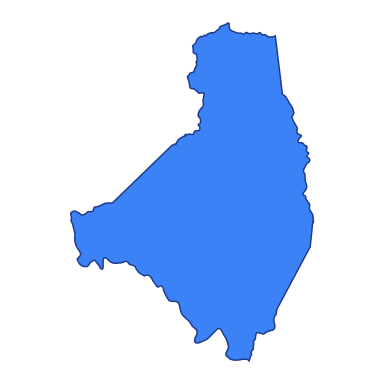 Potrerillos, El Paraíso, Honduras
{"feature_id": "27666195B65676299493653", "entity_name": "Potrerillos", "entity_type": "district", "adm_level": 2, "iso_a3": "HND", "parent_name": "Honduras", "parent_adm1": "El Paraíso", "projection": "robinson", "projection_center": [-86.765, 14.057], "detail": "fine", "context": "isolated", "style": "filled", "palette": "blue", "viewbox_px": 384, "rotation_deg": 0, "n_neighbors": 0, "source": "geoboundaries", "source_scale": "gbopen_adm2", "svg_char_len": 5951}
<svg xmlns="http://www.w3.org/2000/svg" viewBox="0 0 384 384"><path d="M249.1,361.0L250.4,356.6L251.5,354.7L251.4,353.3L251.1,352.2L251.1,351.9L251.8,351.0L252.9,349.9L253.2,349.1L253.4,346.0L253.7,344.4L253.6,342.8L253.7,341.2L254.0,340.4L254.9,339.7L255.4,338.8L255.5,338.2L255.5,336.6L255.8,335.0L256.1,333.8L256.4,333.1L257.1,332.6L258.4,332.7L261.0,333.3L263.2,334.0L263.7,334.0L264.4,333.7L265.4,332.8L266.9,331.8L268.6,331.2L272.7,330.1L273.6,329.6L274.2,328.8L274.7,327.5L275.0,326.2L273.8,320.7L273.8,318.7L274.1,317.7L274.6,316.5L276.0,314.4L276.3,313.3L276.6,310.7L276.9,309.2L310.2,246.8L312.7,222.6L313.1,222.9L313.3,222.5L313.3,219.4L313.1,216.7L312.8,215.3L312.4,214.1L311.1,211.9L310.0,210.3L309.6,209.5L309.4,208.1L309.7,205.3L309.4,204.0L309.0,203.3L307.7,201.8L306.4,199.7L305.8,198.2L305.8,197.1L305.6,196.6L304.7,195.7L303.5,194.7L303.1,194.1L303.0,193.5L303.2,193.0L304.8,191.2L305.8,189.7L306.5,188.1L306.7,186.7L306.6,185.2L305.7,182.5L305.1,180.2L305.0,175.2L304.5,173.6L303.7,171.8L303.6,170.8L303.6,169.9L303.9,169.0L305.0,167.2L306.4,164.1L306.9,163.6L308.9,162.0L309.6,160.9L309.8,160.1L309.7,159.5L309.2,158.6L308.1,157.7L307.2,157.1L306.9,156.7L307.0,156.0L308.7,153.3L308.4,152.8L306.9,151.9L306.5,151.2L306.5,150.2L306.9,147.9L306.9,146.6L306.7,146.0L306.5,145.8L304.7,145.5L304.1,144.9L303.5,143.7L302.4,142.9L301.8,142.7L298.9,142.7L298.5,142.5L298.2,141.9L298.1,140.9L298.2,140.2L299.5,138.2L301.2,136.3L301.4,135.8L301.2,135.4L300.8,135.1L299.1,134.6L298.1,134.0L297.2,133.0L296.9,131.6L297.2,129.2L297.1,127.5L293.4,121.1L292.0,117.7L292.1,116.8L293.1,114.8L293.9,112.8L293.7,111.9L292.4,107.8L291.6,106.4L289.6,103.4L287.2,99.2L285.5,96.6L285.1,96.1L282.4,94.3L275.3,36.0L274.1,36.3L272.3,37.0L268.6,36.9L265.1,34.7L264.0,34.6L262.7,34.8L261.8,34.5L261.2,34.1L260.6,33.0L259.5,32.6L259.0,32.7L258.2,33.5L257.4,34.0L253.8,33.1L252.7,33.0L249.9,33.8L247.9,33.2L246.6,32.4L245.6,32.7L244.1,33.9L243.3,34.1L242.5,33.9L241.8,33.4L241.3,33.2L238.0,33.1L237.1,33.0L231.9,30.9L230.3,29.9L229.7,28.9L229.1,27.3L229.1,24.3L229.0,23.5L228.8,23.1L228.2,23.0L227.0,23.4L226.1,24.2L225.2,24.7L220.4,26.4L219.6,27.4L219.5,27.8L219.7,28.1L219.7,28.3L219.3,29.0L218.0,29.6L214.4,32.5L210.8,32.8L209.0,33.4L207.1,34.4L205.9,36.0L205.5,36.0L205.0,35.5L204.3,35.3L203.8,35.6L202.5,36.7L200.3,36.5L199.6,37.5L198.8,37.7L197.6,38.8L196.5,40.5L196.1,42.1L195.7,43.0L195.2,43.6L194.6,43.9L194.2,44.5L192.7,45.8L193.2,49.1L193.2,52.3L193.5,52.7L194.1,53.1L196.1,54.2L196.5,54.7L196.8,55.7L197.2,58.7L197.1,60.1L196.9,61.1L196.2,61.6L196.1,62.0L196.3,63.0L196.7,63.9L196.7,64.6L196.0,66.5L195.0,68.3L193.7,72.0L193.3,72.3L192.4,72.4L191.6,72.6L189.6,73.5L189.4,74.2L189.4,74.9L188.1,75.7L187.6,76.2L187.4,76.8L187.5,77.4L188.5,80.3L189.5,83.9L189.8,86.8L190.0,87.6L190.4,88.1L191.6,88.6L193.6,88.8L194.1,89.0L196.3,90.8L197.3,91.4L197.9,92.4L198.6,93.1L202.3,92.9L203.4,93.0L203.8,93.2L204.0,93.9L203.9,95.2L203.5,98.1L202.9,101.0L203.5,104.3L203.4,105.5L202.8,106.6L201.0,108.6L199.4,110.7L198.6,112.6L198.2,114.2L198.2,115.4L198.4,116.3L198.9,117.2L200.0,118.2L200.4,119.2L200.5,120.1L200.5,121.9L200.4,123.4L198.5,124.1L198.4,124.3L198.4,124.9L198.6,125.6L199.1,126.3L199.8,126.8L199.9,127.4L199.9,128.1L199.7,129.1L199.1,130.4L198.4,130.8L196.0,130.6L195.2,130.9L194.7,131.3L194.3,131.9L193.9,132.6L193.9,133.3L193.6,133.7L193.2,134.2L192.6,134.4L191.3,134.5L189.3,134.0L188.1,134.6L186.8,134.7L186.5,134.7L186.0,134.3L185.5,134.3L185.2,134.6L184.9,135.1L185.0,135.4L185.3,135.8L185.2,136.1L184.2,136.4L182.9,136.4L182.2,137.3L180.6,138.0L179.5,138.7L178.4,139.8L177.3,141.4L176.5,142.9L176.2,143.9L176.0,144.3L175.7,144.4L175.3,144.0L175.0,143.9L173.7,144.8L172.8,145.1L172.2,145.1L112.3,203.1L112.0,203.2L108.5,202.9L104.4,203.5L103.2,204.3L101.2,205.1L100.0,205.8L98.5,206.2L97.3,206.7L94.7,207.0L94.3,207.2L94.1,207.6L93.7,208.6L93.3,210.3L92.9,210.9L92.5,211.3L91.6,211.6L88.8,211.6L87.8,211.8L86.9,212.4L86.3,213.3L84.3,214.5L82.7,215.0L80.9,214.5L79.2,213.1L78.3,212.7L75.8,211.3L74.7,211.0L73.8,211.1L71.5,212.2L71.1,212.7L70.8,213.3L70.7,213.9L71.0,214.4L71.2,216.3L71.6,217.5L71.4,218.6L71.0,219.6L71.0,220.1L71.3,221.2L72.7,224.3L73.2,226.5L74.9,233.4L75.0,235.3L74.7,238.3L74.8,239.5L74.7,240.4L75.0,241.9L76.2,245.8L78.1,249.2L79.6,251.2L80.6,253.6L80.5,254.6L79.9,256.0L77.3,258.9L77.1,259.3L79.3,263.6L80.3,264.7L81.8,265.8L83.5,266.4L85.1,266.6L87.3,266.4L87.8,266.1L88.5,265.4L90.1,262.9L91.2,261.7L93.0,260.7L93.9,260.4L94.7,260.3L95.4,260.8L96.5,262.5L98.6,264.9L100.7,268.7L101.2,269.0L102.0,269.1L102.4,269.0L102.6,268.8L103.0,267.9L103.2,266.2L103.0,264.5L103.2,260.0L103.6,258.5L103.9,258.1L104.3,257.9L105.4,257.8L106.5,258.2L107.3,258.8L109.0,260.7L110.4,261.9L112.7,262.8L114.0,263.2L115.1,263.3L120.7,262.9L123.4,262.2L125.4,261.3L126.4,261.4L127.4,261.8L127.8,262.1L128.5,263.2L129.6,264.4L133.0,265.3L134.0,265.8L134.9,266.4L135.4,267.1L136.3,269.2L138.6,272.2L140.1,273.5L144.3,275.8L144.9,275.8L147.0,275.0L147.5,275.0L148.6,275.3L149.5,275.9L151.3,277.7L153.0,281.0L154.2,282.5L156.7,286.1L157.5,286.9L158.1,287.0L160.5,285.9L161.4,286.1L162.1,286.6L162.7,287.3L163.1,288.0L163.5,289.8L165.1,293.9L167.3,298.0L168.5,299.7L169.2,300.6L170.0,300.9L171.7,301.3L176.4,301.5L177.4,302.0L178.2,302.7L178.6,303.4L179.2,304.7L180.7,311.1L181.4,312.8L182.3,314.7L182.9,315.4L189.4,321.5L190.3,322.6L191.1,324.3L192.1,325.8L193.0,326.8L196.0,329.2L196.8,330.5L197.1,332.0L197.1,333.6L196.6,334.9L195.2,337.7L194.9,338.5L194.7,339.6L194.7,341.5L195.0,342.0L195.3,342.5L196.0,342.8L196.8,343.0L199.1,342.8L206.3,339.6L207.5,338.8L208.6,337.9L213.0,333.3L217.3,329.1L218.5,328.6L219.7,328.6L220.5,329.2L221.1,329.8L224.0,335.3L225.8,337.9L226.9,340.7L228.4,345.5L228.5,346.9L228.1,348.8L226.1,353.1L225.9,353.8L226.0,355.2L226.6,356.1L230.3,359.2L233.1,359.9L233.9,360.1L236.2,360.1L239.4,359.9L243.0,359.2L246.8,359.3L247.3,359.3L247.9,359.7L249.1,361.0Z" fill="#3b82f6" stroke="#1e3a8a" stroke-width="1.5"/></svg>